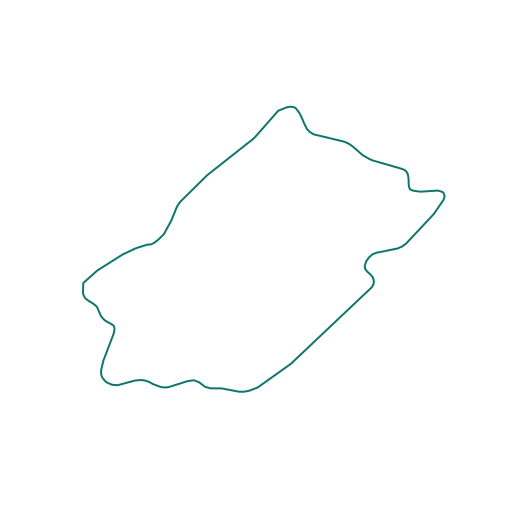 Prague, Natural Earth projection, rotated 150°
{"feature_id": "CZE-1595", "entity_name": "Prague", "entity_type": "Region", "adm_level": 1, "iso_a3": "CZE", "parent_name": "Czechia", "parent_adm1": "", "projection": "natural_earth1", "projection_center": [14.449, 50.06], "detail": "fine", "context": "isolated", "style": "outline", "palette": "teal", "viewbox_px": 512, "rotation_deg": 150, "n_neighbors": 0, "source": "natural_earth", "source_scale": "10m", "svg_char_len": 1490}
<svg xmlns="http://www.w3.org/2000/svg" viewBox="0 0 512 512"><g transform="rotate(150 256 256)"><path d="M320.3,141.3L329.2,142.7L334.4,144.5L338.7,147.1L351.8,158.4L362.0,164.4L365.6,168.4L368.4,175.1L372.0,179.5L378.1,181.9L397.4,186.2L400.5,187.6L403.5,189.7L409.0,196.2L411.8,200.8L414.8,204.0L417.6,206.1L423.2,208.7L440.5,213.3L445.2,216.6L448.8,221.6L449.9,226.9L449.5,230.2L447.6,234.1L440.7,241.5L417.9,260.1L415.3,263.1L414.3,265.2L414.2,267.0L415.1,269.0L418.9,275.3L419.8,278.3L420.3,281.7L419.2,291.1L419.8,293.8L421.5,297.5L423.3,300.7L424.8,304.1L425.1,306.4L424.8,309.1L423.8,311.4L419.0,319.0L400.6,322.8L370.7,324.0L356.4,322.8L344.8,320.3L342.4,319.1L340.7,318.5L338.5,318.3L333.0,318.9L325.0,320.9L311.7,329.0L299.6,338.4L294.6,340.8L257.8,350.4L198.7,359.0L164.1,370.7L155.1,369.4L152.4,368.5L150.2,367.2L148.8,365.9L147.7,364.3L146.9,358.2L147.4,351.1L147.9,347.9L148.4,340.6L147.5,336.8L145.4,332.7L123.2,311.6L121.1,309.2L119.3,306.4L117.6,302.8L113.3,290.2L109.5,283.6L107.3,280.5L87.1,259.6L84.5,256.5L83.6,254.1L83.6,251.2L84.4,248.7L85.6,246.0L87.9,241.8L88.9,239.3L89.3,236.8L88.0,234.8L85.8,232.8L81.1,229.3L65.9,221.8L63.4,219.3L62.1,217.4L62.2,215.7L62.5,214.3L63.4,212.7L65.3,211.0L80.9,203.5L119.8,191.7L124.8,191.2L129.6,191.7L150.1,198.6L154.2,199.2L158.9,198.3L163.5,196.1L166.8,193.0L167.9,190.4L167.6,187.2L166.3,183.4L165.5,179.3L166.2,175.9L168.1,173.0L171.5,171.0L279.7,145.2L320.3,141.3Z" fill="none" stroke="#0f766e" stroke-width="2"/></g></svg>